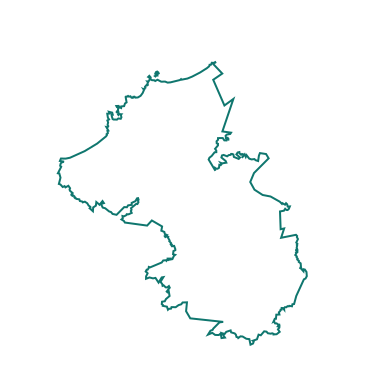 outline of Zihuatanejo de Azueta, Guerrero, Mexico, rotated 108°
{"feature_id": "50627088B68116165686784", "entity_name": "Zihuatanejo de Azueta", "entity_type": "district", "adm_level": 2, "iso_a3": "MEX", "parent_name": "Mexico", "parent_adm1": "Guerrero", "projection": "albers", "projection_center": [-101.453, 17.808], "detail": "fine", "context": "isolated", "style": "outline", "palette": "teal", "viewbox_px": 384, "rotation_deg": 108, "n_neighbors": 0, "source": "geoboundaries", "source_scale": "gbopen_adm2", "svg_char_len": 6015}
<svg xmlns="http://www.w3.org/2000/svg" viewBox="0 0 384 384"><g transform="rotate(108 192 192)"><path d="M322.7,132.7L319.7,129.2L320.8,125.8L319.7,122.3L317.7,121.0L321.8,118.8L320.3,115.7L317.0,119.9L316.9,117.1L314.4,116.2L311.7,112.5L313.4,111.4L313.3,107.7L314.1,106.2L316.1,104.9L316.0,103.5L316.6,102.9L314.3,101.3L313.8,99.2L314.8,95.0L314.2,92.0L319.1,89.2L317.2,87.1L315.1,87.1L314.7,88.2L312.0,84.7L307.1,84.6L307.0,82.3L302.2,80.3L301.8,78.0L302.9,76.2L302.4,73.3L301.6,72.1L301.7,70.6L302.3,70.4L301.1,67.6L297.9,65.4L296.1,67.8L294.0,67.0L293.2,67.7L293.3,68.9L292.5,68.7L292.1,67.5L291.2,68.0L291.5,68.7L290.8,71.0L291.3,72.3L290.3,73.6L289.3,73.9L289.9,74.4L287.0,74.1L286.6,73.0L282.6,73.9L281.5,71.0L279.6,72.2L277.8,71.3L276.6,71.4L276.2,70.5L274.6,70.9L274.3,69.7L275.4,68.0L274.0,68.6L272.8,68.0L272.5,66.7L271.1,65.9L270.8,64.5L270.2,64.3L269.8,61.6L267.7,61.8L267.0,60.3L258.6,60.7L240.5,58.6L239.2,57.3L236.6,56.8L232.7,58.4L230.9,60.7L231.0,62.0L233.0,61.5L231.5,64.1L230.0,65.0L231.0,65.0L230.9,65.6L229.1,65.4L226.3,66.6L225.5,68.9L224.4,69.1L223.7,71.0L222.7,70.9L221.9,72.3L220.9,72.4L220.0,74.3L218.3,73.8L217.7,74.3L216.6,73.2L215.7,73.5L216.2,74.1L215.6,74.9L214.6,75.1L214.1,74.1L212.4,75.3L210.5,75.4L210.0,76.0L208.8,75.7L207.9,77.2L204.0,76.7L202.4,78.4L201.4,78.4L200.6,79.9L208.0,93.1L198.2,93.1L200.0,96.2L183.3,102.3L181.4,98.8L179.2,98.2L179.9,96.7L179.6,95.5L178.2,94.7L175.5,94.5L176.3,96.5L174.3,97.7L173.6,99.1L175.3,99.6L174.7,102.6L175.5,102.8L174.1,105.5L172.0,115.9L173.0,123.9L170.5,133.3L164.5,139.7L154.8,138.9L136.3,129.5L133.0,133.3L134.0,139.4L136.7,139.6L142.1,138.7L142.1,141.4L141.4,142.8L142.6,145.4L142.6,147.9L140.1,151.5L142.0,151.7L139.9,153.5L144.1,155.1L140.3,154.1L140.4,156.2L141.4,156.8L140.5,158.8L139.4,159.3L140.3,160.8L142.5,161.4L144.4,157.0L146.1,157.8L145.7,163.0L143.5,164.3L143.4,165.6L143.7,166.6L144.7,166.7L145.6,168.5L147.2,169.6L147.0,173.4L148.0,174.8L150.1,174.7L152.1,169.6L153.5,168.4L155.5,172.3L155.4,173.8L156.4,172.5L157.6,173.0L157.7,174.4L160.6,173.8L162.0,174.9L162.4,176.1L161.7,178.1L162.3,178.4L164.6,176.3L156.0,186.2L154.0,186.0L151.6,184.4L147.3,182.8L146.6,181.2L145.1,181.7L143.8,183.4L139.7,181.7L138.1,182.2L138.1,183.5L136.2,184.3L134.3,183.4L132.7,183.9L131.2,179.4L132.9,177.2L132.3,175.1L131.0,175.2L130.9,173.6L130.3,173.7L129.4,174.9L130.2,176.4L128.1,177.4L126.7,176.7L125.0,173.6L123.5,173.2L125.0,181.8L90.7,181.4L99.7,187.9L78.7,206.5L70.0,199.8L63.2,212.3L62.2,210.3L61.6,209.8L61.3,210.1L62.7,211.5L62.9,213.0L65.2,213.4L65.6,214.6L67.1,214.5L69.5,216.0L75.8,221.2L82.2,227.5L85.5,231.4L88.4,236.6L88.0,237.3L89.2,238.0L94.4,246.4L95.5,249.0L95.3,251.7L96.6,255.4L95.9,259.5L97.8,261.3L97.4,262.3L98.0,264.6L97.7,266.3L95.8,266.7L94.7,268.5L96.1,269.2L96.4,267.6L98.1,267.0L100.2,267.5L100.6,268.7L101.2,267.7L102.2,267.9L103.8,267.1L104.3,267.5L103.9,268.1L106.4,269.2L107.2,268.5L108.8,269.7L109.5,268.3L109.3,269.8L109.8,269.2L113.1,269.5L116.4,270.6L118.8,272.7L119.7,274.9L119.1,276.1L119.6,277.2L120.3,276.9L120.8,277.6L121.0,278.7L120.0,280.1L120.8,281.4L120.4,282.5L121.4,283.2L121.6,284.2L122.1,284.5L127.0,281.9L128.5,283.1L131.3,283.1L132.5,285.8L134.0,285.4L133.8,287.2L132.8,288.4L133.6,290.5L134.5,289.6L134.5,287.6L136.0,288.0L137.9,287.3L138.4,288.3L139.2,288.4L139.6,287.6L139.0,286.5L140.5,285.8L141.2,286.2L141.5,285.7L140.4,285.3L139.9,283.2L140.6,283.5L142.8,282.2L144.4,282.4L144.8,284.8L146.3,285.7L147.3,288.9L147.2,290.0L144.1,292.1L143.1,292.1L142.9,291.3L141.2,292.4L141.4,295.8L142.8,294.5L143.7,296.8L147.4,294.9L148.6,293.3L150.1,294.6L151.7,293.3L154.4,293.0L155.2,292.0L156.6,292.3L156.7,293.5L159.5,290.5L160.0,291.3L162.0,290.2L163.4,291.1L164.0,290.5L165.6,290.9L175.3,297.2L186.3,306.7L197.1,318.6L199.2,322.3L200.7,327.0L203.3,327.2L202.8,323.9L203.3,323.8L204.5,325.4L205.9,325.7L207.8,325.5L208.4,324.2L215.6,325.3L215.4,323.9L219.0,321.5L225.5,321.1L225.5,319.5L227.2,316.5L225.8,315.0L226.7,313.8L224.3,311.5L226.1,309.1L227.5,309.2L228.5,308.5L229.9,305.2L231.6,306.0L232.3,305.6L232.5,304.8L231.9,304.8L231.8,304.2L232.5,302.5L233.5,302.2L233.9,301.4L233.5,301.0L234.3,299.9L233.8,296.9L235.2,295.9L235.0,293.3L235.6,292.7L234.3,290.9L235.1,288.1L236.8,286.2L237.5,284.1L238.3,283.8L239.1,284.3L240.9,280.3L237.2,281.2L234.7,279.2L231.1,279.9L232.7,276.0L228.3,274.3L229.8,272.4L231.5,274.9L234.4,272.1L234.3,269.5L236.1,264.8L236.1,262.8L237.4,260.8L237.0,256.7L227.3,251.8L226.6,249.2L224.4,248.6L222.9,245.4L221.0,246.0L218.2,243.0L215.0,242.3L214.5,241.4L215.9,240.4L216.8,240.9L218.2,239.8L220.3,240.2L220.4,241.3L226.3,245.0L227.6,244.0L229.0,244.3L230.5,242.9L232.8,245.4L233.3,247.2L234.2,247.2L236.2,249.2L236.3,250.7L238.5,249.7L239.9,250.6L240.6,247.8L241.8,246.4L237.8,224.3L231.5,221.4L234.0,209.8L238.3,209.2L238.5,206.0L240.4,204.8L240.6,202.8L242.4,204.3L243.1,203.4L241.7,202.0L242.0,200.7L242.8,200.8L245.0,198.3L245.8,198.4L247.0,196.2L248.1,196.2L248.2,195.1L248.9,195.4L249.8,194.3L248.8,192.3L251.5,190.2L252.5,189.9L253.9,191.4L257.0,190.8L257.0,188.6L258.4,189.5L261.9,189.9L263.4,192.6L262.1,192.3L262.9,194.6L264.2,194.0L264.4,194.8L265.3,195.1L264.9,195.6L266.0,198.2L268.4,199.0L276.6,208.5L276.6,209.9L277.9,209.7L279.6,210.2L279.9,211.1L282.7,211.6L281.9,211.0L283.0,209.1L286.4,209.6L288.7,208.9L286.4,206.0L286.2,202.4L285.0,200.2L288.5,195.8L282.6,194.4L281.8,192.9L287.2,194.2L288.7,191.9L290.3,191.0L289.5,190.2L290.8,187.6L290.4,186.1L288.6,184.9L289.9,183.6L294.5,185.3L295.0,184.2L293.9,183.3L297.8,181.2L301.9,183.7L304.3,184.1L305.6,186.6L308.0,186.1L308.5,184.7L309.3,184.6L308.8,180.4L311.4,178.5L310.3,177.9L309.4,175.9L307.8,175.9L306.6,171.9L303.7,169.8L302.1,167.5L300.0,166.8L298.5,162.7L307.2,160.8L312.7,154.6L305.9,122.2L307.5,125.6L315.4,129.6L316.6,129.7L318.3,131.6L322.7,132.7ZM90.9,261.5L89.5,260.3L88.9,260.8L89.1,261.5L88.4,261.7L88.2,262.3L89.1,263.3L90.8,263.5L90.7,262.4L91.6,261.7L93.2,263.1L93.4,262.5L92.3,262.0L91.9,260.9L90.9,261.5Z" fill="none" stroke="#0f766e" stroke-width="2"/></g></svg>